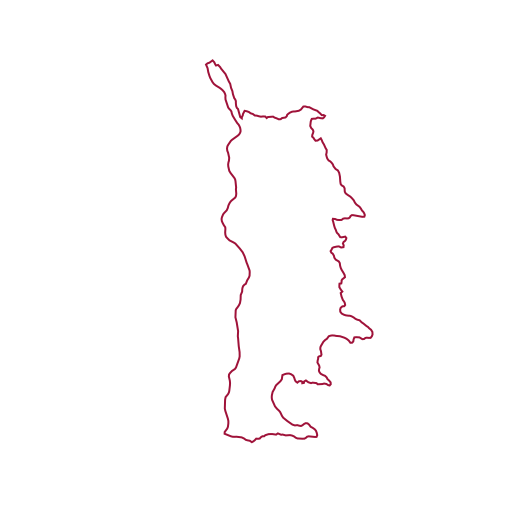 the district of Pedras de Maria da Cruz, Minas Gerais, Brazil, rotated 315°
{"feature_id": "56859067B60399140599304", "entity_name": "Pedras de Maria da Cruz", "entity_type": "district", "adm_level": 2, "iso_a3": "BRA", "parent_name": "Brazil", "parent_adm1": "Minas Gerais", "projection": "natural_earth1", "projection_center": [-44.322, -15.582], "detail": "fine", "context": "isolated", "style": "outline", "palette": "rose", "viewbox_px": 512, "rotation_deg": 315, "n_neighbors": 0, "source": "geoboundaries", "source_scale": "gbopen_adm2", "svg_char_len": 6152}
<svg xmlns="http://www.w3.org/2000/svg" viewBox="0 0 512 512"><g transform="rotate(315 256 256)"><path d="M403.9,205.7L403.5,204.2L402.1,202.9L402.2,200.5L402.0,198.4L402.0,196.7L400.2,192.8L398.9,188.5L397.7,187.2L396.6,185.1L395.2,183.8L391.3,184.2L389.0,183.6L385.8,181.4L384.8,180.4L383.4,179.4L381.3,178.6L379.4,178.3L377.9,178.2L376.6,178.9L374.8,178.9L372.0,176.9L370.2,176.7L368.8,175.5L367.8,172.9L367.0,171.3L366.6,169.5L362.6,166.1L361.1,166.0L361.2,164.0L359.7,162.3L358.0,161.0L356.9,159.3L355.8,157.3L354.5,155.8L354.2,153.4L353.1,151.3L352.8,149.2L351.8,147.1L350.6,145.3L347.2,146.4L345.9,147.3L344.5,147.6L343.3,148.6L343.1,146.6L347.2,139.4L347.2,137.7L347.9,136.1L348.9,134.8L350.1,133.4L351.3,132.2L352.0,130.6L352.2,129.1L354.1,125.3L355.9,122.7L357.3,119.4L359.5,116.0L360.2,113.4L363.1,105.7L363.8,98.7L364.2,97.2L364.3,94.1L362.4,93.0L362.8,91.3L363.5,89.5L363.6,87.0L359.8,86.4L358.0,85.5L356.0,85.3L354.6,88.9L352.3,92.2L350.4,95.8L349.5,97.9L348.2,102.3L347.9,104.6L348.2,107.2L349.2,111.3L349.5,113.4L349.6,115.2L349.4,117.7L348.6,119.8L347.8,121.1L346.6,122.1L345.1,123.8L341.3,131.4L341.1,133.1L341.1,134.9L340.8,136.4L339.7,138.1L338.7,140.3L337.5,145.1L336.7,148.8L336.6,150.8L336.1,152.5L335.5,154.0L334.5,155.5L333.4,156.8L332.0,157.6L330.0,158.1L328.1,158.0L321.3,156.9L319.7,156.8L315.0,157.7L313.3,158.2L311.5,159.5L310.1,161.3L309.3,163.2L306.5,167.6L304.1,169.6L302.9,170.2L301.1,171.5L299.7,173.1L297.3,176.9L296.7,179.3L295.9,185.5L295.4,187.1L294.4,188.6L290.4,193.5L289.0,194.6L286.1,198.0L284.3,199.4L282.7,200.0L277.6,199.5L276.2,199.6L274.4,200.0L272.2,200.8L270.0,202.1L267.6,203.0L263.6,203.1L262.2,203.3L259.3,204.5L257.8,205.5L256.5,207.2L255.8,209.0L255.0,211.6L254.6,213.9L253.5,215.2L250.8,217.6L249.4,219.3L248.4,221.2L248.3,223.4L248.3,226.2L249.7,230.5L250.2,232.6L249.8,239.3L249.2,244.0L247.7,248.2L244.6,254.2L243.9,255.9L241.2,261.7L240.2,262.9L237.5,265.4L235.8,266.2L232.5,267.0L229.1,268.5L227.6,268.1L225.5,268.2L223.7,269.1L222.4,270.1L221.0,271.4L217.6,272.8L214.3,275.9L211.3,278.0L209.0,278.8L206.3,279.3L204.9,279.4L203.3,280.0L198.1,284.8L195.4,289.3L190.2,296.5L186.4,299.9L185.1,301.6L180.0,307.6L176.4,312.4L173.5,315.4L171.7,316.6L163.0,320.7L161.2,321.0L157.6,320.3L154.9,320.4L153.2,320.7L151.6,322.0L149.3,325.7L147.8,327.5L145.9,329.2L141.7,332.5L140.4,333.3L138.6,333.9L134.7,334.3L132.5,335.8L126.1,341.8L124.8,343.8L121.1,351.1L119.8,353.1L118.1,354.8L115.4,356.9L113.6,357.7L109.4,358.3L108.1,359.5L110.7,365.6L111.6,367.2L112.9,368.6L114.4,370.0L117.6,374.1L118.5,376.6L118.8,378.8L119.7,380.4L121.0,382.3L121.4,384.7L123.1,385.2L124.9,385.4L127.0,385.3L128.2,386.7L129.5,387.7L131.3,387.6L133.1,388.0L134.3,389.2L135.9,389.3L139.0,390.9L141.6,393.4L143.9,396.5L146.0,396.9L147.4,400.2L148.5,401.0L150.2,403.9L153.4,406.7L154.5,408.4L155.3,410.4L155.6,412.6L156.3,414.3L159.5,417.9L161.1,419.4L162.9,419.9L164.3,419.9L165.7,420.7L169.7,425.6L170.9,426.7L172.6,426.0L173.9,424.0L174.8,422.0L175.0,420.4L174.8,418.8L174.5,417.3L173.9,415.4L174.3,412.9L174.1,410.8L173.0,409.4L171.4,408.8L169.0,408.5L167.6,408.0L166.6,406.6L165.6,404.8L163.7,403.3L162.5,400.9L161.4,394.6L160.9,389.6L161.3,387.5L162.7,383.5L162.9,381.7L162.8,378.9L163.1,375.8L165.7,369.0L166.8,367.5L167.8,366.5L168.9,365.6L171.6,363.9L175.5,362.8L177.3,362.0L178.9,361.6L184.7,361.8L187.1,361.4L190.5,358.9L192.8,359.9L194.4,360.8L196.3,362.5L197.2,364.4L197.7,367.0L196.9,369.2L195.9,371.1L195.4,372.7L195.7,374.8L197.7,374.9L199.3,376.2L199.8,377.7L198.8,378.7L200.1,379.6L201.5,378.8L203.3,379.3L203.7,382.2L205.0,384.8L206.5,385.6L208.9,388.7L208.9,390.3L212.3,393.4L214.0,394.4L215.3,396.3L215.7,398.3L216.5,399.6L218.2,399.5L219.4,398.1L219.6,395.9L219.5,393.6L220.1,391.9L220.1,389.6L219.2,387.5L218.5,385.1L218.7,383.2L219.3,381.7L220.6,380.6L222.2,379.7L223.2,378.1L224.1,374.8L225.7,373.5L227.3,372.6L228.4,371.5L229.8,371.6L231.0,372.5L232.5,372.1L234.6,369.3L235.6,367.3L237.1,366.0L238.4,365.5L243.0,364.3L245.6,364.3L247.6,364.7L250.7,364.2L252.3,365.0L253.7,366.0L255.2,367.7L256.1,369.1L258.7,372.2L260.6,376.0L261.2,377.6L261.6,379.3L261.8,381.4L261.4,384.1L262.7,385.3L264.4,385.2L266.0,384.0L268.0,383.1L269.5,384.3L271.6,386.7L272.4,390.0L273.7,391.1L275.4,391.3L276.6,392.1L277.7,393.5L279.1,394.9L281.1,394.7L282.9,393.9L284.6,392.0L285.2,389.5L284.9,387.1L285.0,385.4L284.6,383.7L284.2,379.7L283.8,377.6L283.8,374.7L282.6,372.7L281.9,370.8L281.6,368.5L280.9,366.1L280.1,364.6L279.0,363.4L277.5,361.4L276.6,359.6L275.9,357.3L276.2,355.0L277.7,353.3L279.3,352.5L281.5,352.7L282.9,353.9L284.4,353.7L285.6,351.9L286.1,350.4L286.3,348.6L287.8,345.2L289.7,342.1L291.9,342.2L292.2,339.7L292.9,337.0L294.4,335.5L295.5,334.6L296.9,335.7L298.1,334.9L299.3,333.8L300.5,333.5L303.9,333.9L305.2,332.2L305.9,329.9L306.8,326.2L307.6,324.1L308.7,322.2L310.2,320.3L310.7,318.4L309.8,315.0L310.2,312.6L311.3,310.9L311.9,308.6L311.6,306.9L312.2,305.3L314.1,304.9L315.7,304.3L317.0,304.7L319.7,306.4L321.4,307.8L322.2,310.2L324.1,311.6L325.6,310.4L326.3,308.6L327.9,308.0L329.7,308.3L331.2,308.0L332.6,307.2L332.8,305.4L329.8,303.4L328.9,302.2L329.7,298.8L329.6,297.2L330.0,295.7L330.8,294.2L331.6,291.9L332.6,290.0L334.9,286.2L335.6,284.8L336.7,284.1L338.1,285.8L338.9,287.8L340.3,289.4L342.0,291.0L344.0,291.2L345.5,292.2L346.9,293.8L348.1,294.8L349.6,295.1L351.1,294.6L352.7,294.9L353.7,296.0L358.9,303.5L360.4,304.8L361.9,304.0L362.7,302.3L363.1,300.6L363.1,298.8L363.7,296.6L364.0,294.4L363.4,290.5L363.7,288.1L364.5,285.8L364.7,283.1L364.7,280.8L364.0,277.5L363.7,275.1L364.2,273.4L365.2,272.2L366.5,270.8L367.1,268.8L366.5,266.6L366.8,264.9L368.2,263.0L371.5,259.2L373.6,256.0L374.4,253.4L373.8,250.8L374.2,247.5L375.1,245.6L375.4,243.5L375.4,241.6L374.9,239.8L375.3,237.5L376.2,235.7L377.3,233.9L379.2,232.7L381.0,231.0L381.5,228.9L382.9,225.2L383.5,222.7L384.4,220.6L385.0,218.6L381.2,217.9L379.6,216.6L379.8,214.6L380.2,213.0L380.1,211.3L381.4,210.2L383.5,209.3L384.8,208.4L385.5,206.8L385.5,204.6L386.3,202.4L389.7,199.7L391.0,199.0L392.4,198.5L393.8,199.6L395.2,201.0L397.6,201.8L399.2,204.3L400.5,205.9L402.2,206.1L403.9,205.7Z" fill="none" stroke="#9f1239" stroke-width="2"/></g></svg>